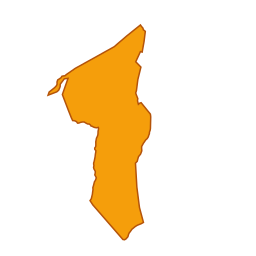 the district of Limoeiro do Norte, Ceará, Brazil, rotated 49°
{"feature_id": "56859067B58683288686996", "entity_name": "Limoeiro do Norte", "entity_type": "district", "adm_level": 2, "iso_a3": "BRA", "parent_name": "Brazil", "parent_adm1": "Ceará", "projection": "equal_earth", "projection_center": [-38.048, -5.136], "detail": "fine", "context": "isolated", "style": "filled", "palette": "amber", "viewbox_px": 256, "rotation_deg": 49, "n_neighbors": 0, "source": "geoboundaries", "source_scale": "gbopen_adm2", "svg_char_len": 1932}
<svg xmlns="http://www.w3.org/2000/svg" viewBox="0 0 256 256"><g transform="rotate(49 128 128)"><path d="M112.2,101.3L108.2,99.9L106.6,99.2L105.3,97.1L97.9,88.8L90.5,78.3L83.1,78.7L78.5,68.5L80.0,67.5L73.3,59.2L66.5,51.6L65.4,51.6L64.0,52.0L62.4,51.2L61.3,51.2L60.0,51.2L58.4,51.0L57.7,68.3L57.6,79.8L57.6,85.1L51.5,114.0L48.4,128.6L47.2,139.4L47.2,141.4L46.3,142.6L45.6,143.9L46.1,145.6L45.9,147.4L45.6,149.5L46.5,151.1L47.5,152.1L48.4,152.7L49.1,154.2L49.4,156.8L49.1,163.9L50.8,166.8L54.0,158.0L54.0,155.6L53.1,153.6L52.2,152.0L50.5,150.4L49.1,143.8L51.2,140.7L59.7,155.6L74.7,161.1L79.8,162.9L83.2,164.1L86.1,164.9L87.3,163.7L88.6,163.0L89.7,162.7L91.2,162.9L92.0,161.9L92.7,159.9L93.7,158.3L94.8,157.1L96.5,156.6L98.5,155.8L99.7,154.6L101.1,154.4L102.3,154.6L103.2,153.9L104.5,153.5L105.9,152.7L107.2,151.6L108.1,150.0L109.3,150.7L110.7,152.6L112.3,154.1L113.2,155.0L114.1,156.4L115.0,158.5L117.3,161.4L119.0,162.8L120.0,163.7L120.9,164.7L121.3,166.3L122.4,167.1L124.0,167.1L125.1,168.2L126.1,169.5L127.1,170.6L128.2,171.8L129.5,173.5L130.3,174.5L131.1,175.6L131.9,176.9L132.8,177.7L133.9,178.3L135.2,179.9L136.7,180.6L137.9,180.8L139.4,181.2L140.6,182.4L141.6,183.8L143.0,184.1L144.8,184.6L146.1,186.9L146.5,188.5L149.0,192.1L149.9,193.6L151.6,194.9L153.2,196.8L154.6,198.3L155.8,200.0L157.3,202.1L157.9,204.3L163.1,205.0L208.8,205.0L210.1,203.9L210.4,202.2L210.0,199.4L208.6,197.3L208.0,196.0L207.7,194.3L207.0,191.5L207.1,187.4L207.5,184.8L208.9,180.8L209.4,178.3L195.7,171.6L192.5,169.5L178.3,160.0L159.4,145.4L159.2,142.9L157.6,140.6L156.6,139.0L156.3,137.7L156.0,135.8L155.3,134.4L154.3,132.6L153.3,131.8L152.2,131.0L150.9,129.8L150.2,127.9L149.6,126.3L149.2,124.6L148.6,122.5L148.6,120.5L148.0,118.5L147.1,117.1L146.4,115.7L145.2,114.5L144.2,112.7L143.1,111.4L135.0,104.0L133.9,103.1L132.2,102.0L117.5,101.5L116.9,103.0L116.9,104.6L113.7,103.0L112.2,101.3Z" fill="#f59e0b" stroke="#b45309" stroke-width="1.5"/></g></svg>